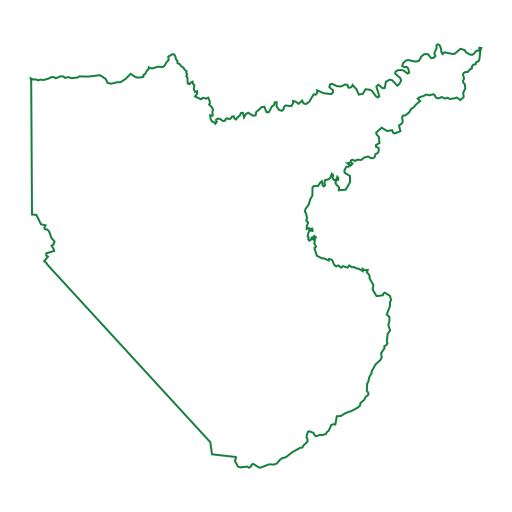 outline of Cotegipe, Bahia, Brazil
{"feature_id": "56859067B54877726124258", "entity_name": "Cotegipe", "entity_type": "district", "adm_level": 2, "iso_a3": "BRA", "parent_name": "Brazil", "parent_adm1": "Bahia", "projection": "orthographic", "projection_center": [-44.17, -11.737], "detail": "fine", "context": "isolated", "style": "outline", "palette": "green", "viewbox_px": 512, "rotation_deg": 0, "n_neighbors": 0, "source": "geoboundaries", "source_scale": "gbopen_adm2", "svg_char_len": 5898}
<svg xmlns="http://www.w3.org/2000/svg" viewBox="0 0 512 512"><path d="M212.0,454.3L235.8,457.0L235.8,458.8L234.8,460.7L238.0,466.7L240.6,467.4L246.9,466.6L249.1,467.7L251.0,466.5L251.5,464.8L253.1,463.8L258.5,467.2L260.5,467.7L269.2,464.3L273.8,464.6L276.8,463.5L280.1,459.6L281.9,458.3L285.9,457.2L292.0,452.4L300.3,447.7L302.3,447.6L303.7,445.3L307.6,441.5L307.5,439.2L306.6,437.5L306.7,435.3L308.1,431.6L309.7,431.4L313.5,432.9L314.4,434.9L315.9,436.3L320.2,434.8L322.2,435.1L326.0,434.0L326.9,432.1L328.6,430.8L331.3,425.0L333.3,424.2L335.3,424.5L336.8,416.3L341.1,415.9L345.2,413.2L351.5,411.0L357.4,407.8L360.0,405.6L360.4,403.2L364.3,399.7L365.8,396.6L367.7,395.5L368.5,394.0L368.1,392.4L366.8,390.9L367.2,383.7L368.3,381.7L369.3,377.2L371.7,372.8L371.7,371.2L375.6,364.4L380.6,359.8L381.7,357.2L381.1,353.1L384.4,348.4L384.4,346.1L386.4,345.0L387.5,343.1L386.8,341.6L387.6,334.0L390.1,330.5L388.3,324.7L389.4,321.2L389.4,316.8L386.7,314.6L389.9,306.3L390.1,302.0L391.1,299.8L389.9,295.8L384.7,292.6L383.4,293.6L382.8,295.3L376.5,296.1L372.7,289.6L373.4,285.0L369.5,278.3L369.7,276.5L368.7,274.3L366.9,272.4L367.7,270.0L364.5,270.2L362.7,268.9L362.7,271.1L358.7,268.7L356.1,268.3L354.2,267.1L352.0,267.3L349.2,265.4L347.6,267.6L343.0,266.2L341.1,267.6L338.4,265.4L336.0,266.4L334.1,264.6L332.3,260.3L330.7,259.3L329.0,259.0L328.7,260.5L323.8,258.3L321.8,258.3L316.8,255.7L314.4,248.1L316.0,246.7L314.3,243.1L315.0,239.1L313.3,239.6L311.6,238.0L311.1,239.6L309.3,240.7L308.2,239.0L308.7,237.3L307.6,236.2L308.5,232.5L309.3,230.4L312.5,230.9L312.3,228.6L310.2,228.8L308.9,228.1L306.7,229.0L306.8,226.4L308.1,222.4L306.2,220.5L307.0,218.5L306.7,216.5L306.2,213.7L304.8,211.5L305.6,208.8L308.8,204.5L310.2,199.4L312.4,195.5L312.5,187.3L313.7,186.2L318.0,185.9L320.4,182.4L321.9,181.2L322.6,185.4L323.8,186.4L325.1,185.1L324.5,182.7L324.9,180.2L328.8,179.2L330.2,177.9L331.8,173.8L333.2,175.1L332.6,178.1L334.0,180.0L336.4,179.7L335.4,182.7L336.6,185.1L338.5,186.5L339.1,188.1L338.8,190.3L345.8,189.6L350.0,182.2L350.0,176.1L344.6,172.7L344.4,170.5L346.3,166.7L348.8,166.6L349.5,164.8L351.4,165.0L352.5,163.4L350.6,162.1L351.0,160.3L352.7,159.8L355.0,161.0L357.0,159.8L361.4,159.9L364.1,157.6L368.2,156.5L371.1,158.2L372.9,158.2L374.5,157.3L375.7,153.9L377.6,153.2L378.4,151.9L378.8,149.8L378.6,147.8L376.1,146.9L375.9,145.2L379.5,142.9L378.8,136.8L376.6,134.4L376.2,132.5L381.6,127.7L387.1,131.0L392.2,130.2L392.9,132.5L394.5,133.5L400.4,131.2L399.0,125.5L402.2,123.2L402.7,121.5L402.1,117.3L402.9,115.7L405.5,115.3L409.0,112.5L411.4,108.7L413.6,107.4L416.3,104.2L420.2,101.1L417.7,98.6L419.4,97.3L424.0,95.8L426.2,94.5L429.6,95.3L433.4,94.2L434.7,95.1L435.8,97.4L437.6,98.3L439.6,98.1L441.7,97.0L445.1,98.6L447.5,97.7L449.4,98.9L454.6,98.4L456.7,97.5L460.4,100.0L463.7,97.0L463.2,92.7L465.3,88.5L464.9,84.4L463.3,82.6L462.9,80.9L464.1,78.7L462.9,74.4L463.8,73.0L465.5,72.0L467.6,72.1L470.1,69.2L471.9,68.4L471.9,66.6L473.2,64.7L475.6,64.3L476.2,62.2L478.5,61.3L479.4,59.2L480.4,50.6L476.2,50.8L473.9,53.8L472.0,54.9L469.9,54.5L466.0,52.3L464.7,50.1L460.5,48.8L454.8,53.7L452.7,54.0L444.3,52.3L442.8,54.1L441.3,52.1L441.1,48.8L439.5,45.0L437.5,44.3L436.4,45.7L436.7,47.9L434.3,53.3L435.4,56.1L433.7,57.8L431.1,58.1L427.9,54.1L424.4,54.1L421.4,56.4L418.9,60.9L415.2,61.6L408.6,60.1L406.4,60.3L403.0,63.1L402.2,66.0L404.2,67.1L406.6,66.9L408.2,68.5L409.1,72.6L407.6,73.6L403.6,70.5L401.3,70.0L397.6,70.3L395.3,72.0L395.3,73.8L400.2,78.0L401.2,80.6L399.0,84.3L397.3,85.7L392.0,80.1L389.6,79.7L385.9,81.8L384.7,88.0L382.6,88.2L378.4,84.7L376.4,86.5L379.3,96.3L378.1,97.4L376.2,96.6L371.7,90.6L369.5,89.7L365.6,89.2L362.8,93.8L358.8,94.6L356.5,89.3L352.6,85.0L351.9,86.5L350.5,87.6L348.5,87.7L347.2,84.7L344.8,84.6L341.0,86.5L336.9,86.1L331.9,83.8L329.9,84.6L329.4,87.2L332.9,90.3L333.2,92.1L331.4,94.1L323.5,93.2L317.1,90.3L317.1,93.1L315.7,94.7L313.7,94.3L309.2,101.8L306.1,104.0L304.3,103.7L302.8,102.3L302.2,100.6L298.6,103.8L295.7,101.7L293.0,101.0L293.0,103.3L291.4,106.1L285.5,105.5L283.8,107.3L283.6,109.2L281.8,110.8L278.9,109.8L276.6,106.3L276.7,102.2L274.8,102.4L274.0,105.0L271.9,106.5L268.8,112.2L266.5,112.2L264.4,106.8L261.7,107.1L256.2,112.1L255.6,115.4L252.9,115.7L248.2,112.7L245.9,114.0L244.0,117.4L242.9,112.8L241.1,112.9L239.9,115.3L237.3,117.6L236.1,119.5L234.4,118.4L233.7,116.3L231.8,116.7L230.8,118.5L229.2,119.1L227.1,118.3L225.6,119.1L225.1,120.7L222.8,121.0L220.4,119.1L217.5,118.6L215.9,120.1L216.8,121.8L215.3,123.8L214.0,122.1L212.0,121.5L210.7,119.3L210.1,115.3L212.6,115.7L212.4,112.0L213.0,109.5L211.8,107.2L209.1,104.5L209.9,103.1L209.8,101.6L208.2,97.6L206.3,98.6L202.7,97.8L201.1,99.3L195.1,96.5L197.3,93.3L197.1,91.2L194.9,91.9L193.8,88.8L194.4,85.4L192.8,83.5L192.6,81.7L190.4,82.8L189.5,84.2L187.7,83.4L187.5,77.6L186.3,76.3L187.1,74.4L186.3,73.0L186.7,71.5L184.3,69.3L183.4,67.6L181.4,66.4L179.8,64.2L177.5,63.2L177.3,60.9L175.8,58.8L175.4,56.5L174.6,55.0L173.0,54.0L168.3,56.6L168.6,60.2L166.6,62.0L164.8,65.4L163.0,67.0L157.8,66.7L152.7,68.3L150.6,68.3L148.8,67.4L148.5,69.1L146.9,70.7L145.0,74.2L143.5,74.8L143.3,76.9L141.6,77.3L137.4,77.6L135.0,76.8L130.7,73.8L125.5,79.0L120.5,82.2L117.6,82.2L111.1,83.7L107.5,82.9L105.8,79.0L100.0,75.2L88.3,76.6L79.2,76.4L77.5,77.5L71.7,78.2L68.2,77.1L65.1,77.9L63.4,76.5L60.6,76.3L55.8,78.3L53.9,77.1L51.3,77.1L49.3,78.3L43.7,80.0L40.2,79.6L38.5,80.4L35.4,79.3L33.1,79.6L30.7,78.3L31.2,81.4L32.0,214.5L36.4,214.9L41.0,224.3L45.5,225.3L44.3,227.8L45.0,229.3L47.2,229.5L49.1,231.4L51.3,237.7L54.5,241.5L53.6,244.3L51.6,245.8L53.6,248.9L54.1,251.0L46.3,253.3L46.2,255.5L47.9,256.6L44.2,261.2L46.2,262.7L47.5,264.8L210.3,442.2L212.0,454.3ZM336.4,179.7L337.3,176.8L338.4,178.3L338.0,179.9L336.4,179.7ZM349.5,164.8L347.4,163.2L349.1,163.0L349.5,164.8ZM315.0,239.1L315.8,237.2L314.2,235.9L313.0,237.1L315.0,239.1ZM480.4,50.6L481.3,48.0L479.4,47.7L479.2,49.4L480.4,50.6Z" fill="none" stroke="#15803d" stroke-width="2"/></svg>